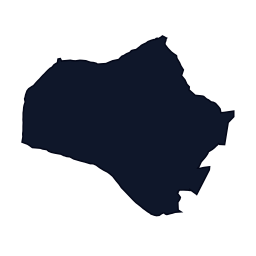 outline of Uhunmwonde, Edo, Nigeria, rotated 266°
{"feature_id": "59680162B15998169506024", "entity_name": "Uhunmwonde", "entity_type": "district", "adm_level": 2, "iso_a3": "NGA", "parent_name": "Nigeria", "parent_adm1": "Edo", "projection": "mercator", "projection_center": [5.917, 6.501], "detail": "fine", "context": "isolated", "style": "filled", "palette": "ink", "viewbox_px": 256, "rotation_deg": 266, "n_neighbors": 0, "source": "geoboundaries", "source_scale": "gbopen_adm2", "svg_char_len": 2861}
<svg xmlns="http://www.w3.org/2000/svg" viewBox="0 0 256 256"><g transform="rotate(266 128 128)"><path d="M121.3,21.3L118.9,26.6L117.5,28.5L115.2,31.2L114.0,39.2L113.0,41.5L112.1,45.5L110.4,47.2L109.1,49.9L108.2,52.9L107.5,55.6L106.6,59.3L105.0,62.0L104.7,63.1L103.9,64.8L103.3,68.1L101.0,71.6L99.0,77.0L98.4,78.6L97.1,82.6L95.1,87.8L94.8,90.8L93.2,93.8L90.6,96.8L87.7,100.8L85.5,104.5L83.8,106.5L80.9,109.5L78.9,110.8L78.3,111.2L75.8,112.9L72.5,115.3L69.0,117.3L67.0,119.0L65.1,120.6L55.8,128.3L54.9,129.1L52.9,130.9L49.0,135.3L46.7,137.6L45.1,139.6L44.1,140.7L42.8,142.3L41.9,143.7L40.6,145.0L39.9,146.7L39.3,148.0L38.6,150.4L38.7,152.0L38.7,153.0L39.3,154.0L40.3,155.7L40.9,157.6L40.5,158.6L39.6,159.2L39.0,160.7L39.3,162.3L39.7,164.3L40.0,166.3L40.6,168.8L40.7,169.6L40.7,175.0L42.7,172.3L50.4,172.5L51.2,173.1L53.3,174.7L55.2,175.4L59.6,172.7L60.3,173.5L60.8,173.4L61.1,173.5L61.8,174.4L62.3,174.8L62.6,175.0L62.4,177.9L62.4,178.4L61.8,183.6L61.4,185.4L62.3,185.5L57.5,191.3L56.9,191.9L66.0,197.4L80.6,206.2L83.6,206.7L83.3,201.1L83.1,199.5L82.7,197.3L83.1,194.8L84.7,196.2L89.1,198.6L93.2,202.7L94.8,204.1L97.1,205.8L98.7,206.5L99.9,208.9L100.8,210.6L102.4,212.9L103.9,214.6L104.9,216.0L106.1,217.3L105.3,218.2L104.7,223.2L126.5,228.3L131.9,234.3L137.5,234.7L136.8,225.1L136.7,221.7L138.9,221.4L140.6,221.2L143.1,219.6L146.4,217.0L147.6,215.1L148.3,212.6L150.4,210.3L151.5,208.3L153.8,206.1L154.2,205.7L154.7,204.2L155.9,197.3L158.7,194.6L159.9,193.4L161.9,191.5L164.8,192.0L167.5,189.8L172.1,188.1L176.5,185.0L182.1,187.3L186.2,185.1L189.6,183.9L194.1,181.6L196.8,181.4L198.9,178.7L200.7,176.6L204.5,173.4L208.4,170.8L209.4,170.7L210.7,170.9L212.5,171.8L213.8,172.0L215.0,172.8L215.5,171.6L216.1,171.0L216.4,170.5L216.5,170.0L216.8,169.8L216.8,169.5L217.1,169.2L217.4,168.7L216.8,168.0L216.2,167.0L215.1,164.7L215.2,164.2L215.2,163.3L215.5,163.2L215.3,162.4L214.8,162.7L214.4,161.3L214.4,160.0L213.8,157.3L212.8,154.0L211.5,152.0L210.5,149.4L209.5,147.1L208.2,145.5L207.4,144.2L205.7,141.7L205.3,138.5L204.9,136.8L203.3,135.2L202.7,133.5L202.3,132.2L201.7,130.9L200.7,129.2L200.0,126.9L197.9,124.5L196.9,123.5L196.8,122.3L196.1,117.3L195.1,114.3L193.8,110.6L193.8,108.7L193.8,105.7L193.8,104.0L193.8,102.0L194.8,100.7L195.7,98.0L196.1,95.3L197.0,93.0L198.0,90.7L198.6,87.0L198.9,84.7L198.6,80.3L198.9,78.0L199.1,77.1L199.6,75.3L199.5,71.0L199.5,69.0L199.5,67.4L199.4,66.4L202.0,65.3L201.7,63.0L198.1,62.2L196.3,58.7L194.5,57.0L193.7,56.1L193.0,54.5L191.1,52.1L189.4,50.2L188.0,48.7L187.8,48.5L186.5,46.9L184.9,45.2L182.9,43.2L181.3,41.3L179.7,39.6L177.4,37.3L176.7,36.7L176.4,35.7L174.1,31.7L172.1,29.9L168.2,28.2L165.9,27.6L164.3,26.9L161.1,27.3L157.9,26.0L155.6,25.4L152.7,25.0L150.4,24.5L146.2,24.2L143.6,23.9L140.7,23.9L137.2,23.5L133.0,23.2L132.1,23.1L129.4,22.6L126.5,22.6L121.3,21.3Z" fill="#0f172a" stroke="#020617" stroke-width="1.5"/></g></svg>